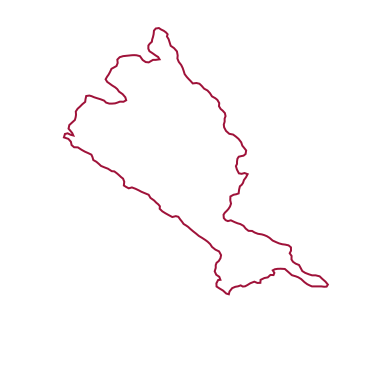 the district of Congonhas do Norte, Minas Gerais, Brazil, rotated 325°
{"feature_id": "56859067B59988172077466", "entity_name": "Congonhas do Norte", "entity_type": "district", "adm_level": 2, "iso_a3": "BRA", "parent_name": "Brazil", "parent_adm1": "Minas Gerais", "projection": "robinson", "projection_center": [-43.683, -18.902], "detail": "fine", "context": "isolated", "style": "outline", "palette": "rose", "viewbox_px": 384, "rotation_deg": 325, "n_neighbors": 0, "source": "geoboundaries", "source_scale": "gbopen_adm2", "svg_char_len": 3839}
<svg xmlns="http://www.w3.org/2000/svg" viewBox="0 0 384 384"><g transform="rotate(325 192 192)"><path d="M118.4,73.8L121.2,77.6L121.6,81.4L120.3,84.5L121.1,87.7L124.1,90.0L125.8,94.2L127.4,97.5L129.2,100.5L131.0,103.7L130.5,106.3L129.5,109.2L131.0,112.4L131.9,115.9L132.4,118.4L134.4,121.6L136.5,124.7L138.2,128.9L140.2,130.6L141.3,134.0L141.9,136.5L142.4,138.9L143.2,141.5L142.4,144.7L139.9,147.6L141.0,150.2L142.3,152.7L145.4,153.8L147.6,157.0L149.4,160.2L150.7,162.8L152.6,165.8L154.9,169.4L154.6,173.0L156.1,177.2L156.6,180.3L157.3,182.8L157.5,185.3L155.9,187.2L156.6,190.8L158.0,194.1L159.6,197.4L161.5,201.2L164.9,202.5L166.6,204.5L166.6,207.8L166.8,210.5L166.8,213.4L167.9,215.9L168.8,218.3L169.4,221.1L170.4,224.9L171.5,228.5L172.4,231.9L174.0,235.5L175.4,239.0L176.3,241.7L177.0,245.1L176.9,248.5L178.1,252.6L180.1,256.2L179.6,260.4L177.3,262.6L174.3,263.9L171.5,264.1L169.5,265.5L167.9,267.8L165.1,270.0L164.4,273.7L165.7,277.1L164.9,280.2L162.9,279.1L159.6,280.8L157.9,283.5L159.0,286.3L160.9,290.6L161.8,294.8L163.5,296.9L165.7,295.0L169.8,293.8L173.1,294.5L175.7,295.7L178.3,296.4L179.4,298.6L181.4,299.7L184.0,300.0L187.5,300.2L191.6,301.2L193.4,304.0L195.9,305.6L197.8,303.3L202.0,304.0L205.1,305.4L208.7,304.9L211.1,306.8L213.1,305.5L213.2,302.5L215.5,302.8L218.0,304.0L220.6,305.7L223.9,308.3L225.0,312.7L226.1,317.4L228.7,320.7L230.1,322.8L231.5,326.0L232.4,330.3L233.5,333.6L234.8,336.0L236.1,338.1L238.9,340.1L241.6,342.0L243.9,343.6L246.0,345.5L248.0,346.7L250.2,345.8L249.9,341.9L248.9,337.9L248.2,334.3L245.5,331.2L242.6,329.2L240.5,326.4L238.3,323.1L237.0,320.0L237.4,316.8L237.8,313.2L235.8,310.1L234.7,307.1L234.8,304.3L236.9,301.5L236.9,298.2L239.4,296.9L241.3,294.1L240.5,291.1L238.1,288.5L235.9,286.5L233.9,284.1L232.2,281.4L230.2,278.0L229.2,274.0L228.0,271.2L226.4,268.7L224.9,266.8L222.0,264.0L220.0,261.0L218.9,258.4L216.0,256.2L215.0,252.8L214.8,249.3L213.2,246.0L211.4,243.8L209.7,241.2L207.6,237.5L204.7,236.4L203.4,234.4L203.1,231.6L204.8,228.7L207.0,227.8L209.5,227.4L212.1,226.8L214.8,225.7L217.3,223.9L218.6,220.7L220.9,217.7L224.5,218.1L226.9,219.2L229.4,219.9L232.0,217.0L234.5,214.8L236.9,214.6L239.0,213.8L241.4,212.0L244.7,210.9L247.8,209.3L245.9,206.6L243.1,205.6L241.1,203.6L241.7,199.3L242.8,196.0L245.0,194.8L246.4,192.8L248.3,190.8L250.5,189.9L252.8,190.8L255.1,191.8L257.7,191.6L260.2,189.0L260.0,185.5L259.8,182.9L260.8,179.5L260.6,175.2L259.7,171.7L258.6,168.5L255.9,165.7L254.9,161.5L255.4,157.5L256.7,155.0L259.1,153.1L260.8,150.6L263.0,149.1L264.2,146.2L263.8,143.0L263.1,140.5L263.3,137.2L265.3,134.8L265.6,131.1L264.9,128.6L263.2,125.1L263.4,121.4L262.9,117.7L261.2,114.3L260.8,110.5L260.2,107.6L258.2,105.3L254.9,103.5L254.5,100.2L254.1,97.8L253.7,94.7L253.6,91.2L254.7,87.8L255.5,85.0L256.0,81.8L255.8,77.8L256.6,74.3L258.6,71.9L260.3,68.2L259.8,63.8L258.4,60.0L259.4,56.9L260.5,53.4L260.7,50.2L262.5,48.8L262.2,46.3L261.3,43.7L259.9,41.2L258.9,38.7L256.1,37.3L253.4,38.0L251.1,40.7L248.9,42.7L246.9,44.2L245.3,45.9L242.4,46.3L240.3,47.0L238.4,49.6L237.9,52.3L239.2,55.5L240.5,59.2L241.7,62.0L241.5,64.7L238.0,62.9L235.8,61.4L233.4,61.2L230.9,61.0L228.6,59.0L227.3,55.6L227.3,50.9L225.0,48.2L223.1,46.7L220.9,45.3L218.7,44.1L216.4,42.8L213.5,41.2L210.1,40.1L206.8,40.7L205.1,43.7L202.4,45.5L199.5,45.2L196.7,44.9L193.8,46.6L191.0,48.0L188.7,48.8L185.9,50.1L185.7,53.2L186.6,55.7L187.7,58.9L189.1,62.2L189.8,64.8L189.8,67.9L191.3,72.1L191.7,76.2L190.7,79.1L187.7,78.8L184.7,76.6L182.2,76.0L179.9,75.3L177.5,73.9L175.0,72.2L172.9,69.5L172.4,66.7L170.3,63.6L168.1,60.8L166.2,58.3L164.7,55.9L163.2,54.1L160.4,52.7L158.0,54.9L156.2,56.9L152.5,57.2L149.2,57.8L146.0,58.2L143.0,59.4L141.3,62.2L139.6,64.0L137.4,65.8L133.6,66.3L129.9,66.8L127.2,69.3L127.5,72.2L127.7,75.0L127.2,77.6L125.4,75.5L123.8,72.6L121.2,71.6L118.4,73.8Z" fill="none" stroke="#9f1239" stroke-width="2"/></g></svg>